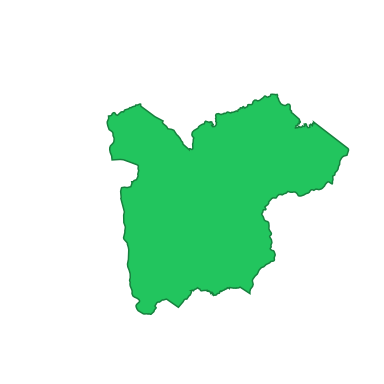 the district of Moatize, Tete, Mozambique, rotated 34°
{"feature_id": "85939544B94790467869630", "entity_name": "Moatize", "entity_type": "district", "adm_level": 2, "iso_a3": "MOZ", "parent_name": "Mozambique", "parent_adm1": "Tete", "projection": "mercator", "projection_center": [34.056, -16.014], "detail": "fine", "context": "isolated", "style": "filled", "palette": "green", "viewbox_px": 384, "rotation_deg": 34, "n_neighbors": 0, "source": "geoboundaries", "source_scale": "gbopen_adm2", "svg_char_len": 6000}
<svg xmlns="http://www.w3.org/2000/svg" viewBox="0 0 384 384"><g transform="rotate(34 192 192)"><path d="M167.6,271.4L170.1,273.4L171.9,275.3L177.0,283.5L178.8,287.8L180.6,289.9L183.7,292.0L186.5,294.4L188.8,297.7L189.6,300.1L191.4,301.6L192.0,302.9L193.3,304.4L197.0,306.9L198.0,307.9L199.1,309.8L201.1,311.2L202.9,311.3L205.7,310.8L207.4,310.8L208.5,311.0L209.5,311.6L209.8,312.5L209.0,316.1L209.1,317.3L209.5,318.0L210.5,318.9L212.1,319.9L213.8,320.5L219.7,320.2L220.5,319.9L222.8,318.1L223.9,317.8L224.3,317.1L226.0,316.6L226.4,316.2L227.3,312.5L226.8,310.8L227.1,308.5L226.8,307.8L225.4,307.6L225.0,307.1L224.8,303.2L225.4,302.2L226.6,301.4L227.8,298.0L228.7,297.5L230.3,295.5L230.7,295.1L231.5,295.0L245.2,295.2L246.0,288.0L245.8,285.8L246.4,284.4L247.6,283.7L247.6,279.9L248.1,278.5L247.8,276.5L247.1,274.3L246.8,274.1L246.4,274.2L247.3,273.1L248.5,273.0L248.5,271.6L249.5,270.2L250.2,268.2L251.4,268.4L252.8,268.1L254.1,268.8L254.9,268.8L257.0,266.9L259.8,264.9L260.3,265.2L260.3,265.6L260.6,265.5L261.1,265.3L261.3,264.6L262.3,264.8L262.8,264.6L264.5,265.7L264.9,265.0L264.6,264.6L264.6,264.0L266.3,264.4L266.5,265.6L267.1,265.3L267.7,265.7L268.4,264.8L269.4,264.2L269.8,263.4L269.8,262.0L271.2,260.7L271.2,259.9L270.7,259.1L271.0,258.0L271.4,257.8L271.8,258.1L272.2,257.8L272.4,256.7L273.6,255.1L273.6,254.3L274.4,253.8L274.4,253.3L274.9,252.6L274.8,251.7L275.1,251.4L275.8,251.5L276.2,250.6L276.9,250.9L276.7,250.3L276.9,250.0L280.5,248.3L281.2,247.7L282.4,247.1L282.6,246.5L283.2,246.3L284.4,245.3L285.0,244.0L296.8,243.8L295.6,242.1L294.8,239.8L295.0,236.4L294.3,234.3L291.7,231.9L291.3,230.8L291.2,229.7L291.3,226.5L292.0,223.5L291.3,219.2L291.7,216.4L292.1,215.4L293.3,213.9L294.0,210.7L296.0,207.3L296.2,205.6L298.1,203.7L298.4,203.0L298.3,202.2L296.9,200.5L296.2,197.7L295.1,196.7L293.1,195.3L292.2,195.2L291.0,195.7L289.7,195.7L288.6,195.4L288.4,194.9L288.4,193.3L287.1,191.9L286.6,189.4L286.1,188.8L284.4,187.1L281.7,185.9L281.2,185.4L281.1,184.9L281.5,183.1L281.1,182.1L280.3,181.5L277.7,180.4L276.3,179.5L274.8,177.0L272.9,174.7L271.4,174.2L269.1,174.9L267.5,174.7L265.2,172.9L262.3,171.5L262.0,171.0L262.0,169.3L261.1,167.2L261.3,166.6L262.8,165.8L263.0,165.1L262.7,164.7L260.9,163.8L260.7,163.5L261.9,160.0L261.8,158.1L261.1,157.4L261.8,152.7L262.6,151.4L264.6,150.3L265.1,149.7L265.0,147.7L265.4,145.6L266.6,144.8L267.0,144.1L267.8,144.2L268.5,143.8L269.2,142.1L270.7,140.3L271.1,138.1L272.5,137.4L273.4,137.3L275.3,136.1L276.5,134.9L277.9,134.3L279.9,134.5L282.2,135.6L283.0,135.4L284.5,134.4L286.4,131.9L287.4,129.7L288.9,127.9L289.4,126.6L289.3,125.0L289.7,123.4L290.5,122.8L292.1,122.5L292.9,120.6L293.8,119.9L295.9,119.1L297.6,117.0L298.0,115.8L298.5,112.9L298.3,111.3L298.4,109.8L298.7,108.3L299.1,107.5L299.9,107.1L303.1,107.1L303.7,106.8L303.6,106.3L302.4,104.5L302.0,103.0L299.8,100.2L300.8,98.0L299.8,95.9L300.3,93.8L300.3,91.6L299.1,88.6L299.0,86.7L297.6,84.3L297.2,83.2L297.0,80.0L297.2,78.7L297.8,77.3L299.9,74.9L298.4,69.8L297.7,69.0L296.8,68.7L254.0,66.0L255.0,66.8L254.9,67.2L253.9,67.2L253.6,67.5L254.3,69.3L254.7,69.5L254.7,69.8L253.1,69.4L252.5,69.5L252.5,70.3L252.0,70.9L253.4,72.3L252.8,73.3L252.1,73.8L250.1,73.1L249.4,72.3L248.5,71.8L248.0,72.0L247.1,73.0L248.5,73.8L248.6,74.5L248.4,75.0L246.7,75.4L246.7,77.0L245.4,77.6L245.4,78.1L244.7,78.2L244.1,77.8L243.6,78.0L243.8,79.6L242.9,80.0L242.2,81.0L241.4,81.5L241.9,81.0L241.9,79.9L241.2,79.3L241.1,78.8L242.1,77.7L241.8,75.9L242.7,75.7L242.7,75.2L241.9,74.1L242.5,74.1L242.7,73.6L242.1,72.9L241.3,72.9L240.3,71.7L231.3,70.5L230.0,70.6L229.3,69.3L227.3,68.9L225.3,65.8L224.1,65.0L223.3,65.0L222.2,65.7L221.3,67.7L220.8,68.3L218.9,69.0L216.3,69.2L212.9,67.6L211.2,66.1L209.8,65.7L208.8,63.9L207.9,63.5L207.1,64.6L206.5,64.6L203.8,66.1L202.8,67.0L203.3,68.7L202.1,70.3L202.0,70.9L201.0,71.4L199.3,71.4L198.5,72.0L198.4,73.6L196.8,78.2L195.6,79.7L193.7,80.0L192.6,80.8L192.1,82.7L192.7,84.8L192.7,85.9L192.4,86.4L190.0,87.9L189.6,88.4L189.6,88.9L190.1,89.6L190.1,90.5L189.5,91.3L188.9,92.8L188.3,93.1L187.5,92.5L186.8,92.5L186.5,93.2L186.6,94.4L185.4,94.8L185.0,95.2L185.3,96.3L184.3,97.9L184.7,99.1L184.6,99.7L183.4,100.0L182.0,102.3L180.9,103.4L180.4,103.6L180.0,104.8L177.0,105.7L176.5,106.1L175.9,108.0L175.4,108.5L174.6,108.7L174.2,109.9L173.5,110.4L172.8,111.6L170.1,112.2L168.6,113.7L168.6,114.7L169.0,115.6L169.7,116.1L170.4,117.1L170.4,117.8L171.7,118.9L172.1,120.1L172.4,120.4L173.5,120.6L173.6,121.4L174.4,122.2L174.4,124.2L173.8,125.5L172.5,126.3L171.1,125.7L172.1,124.8L171.8,124.1L170.9,124.1L169.1,122.9L168.7,123.5L167.8,123.6L167.6,124.1L167.8,124.5L163.7,125.7L163.5,126.4L164.0,128.6L162.7,130.1L161.6,132.3L161.0,134.2L161.3,134.7L161.2,135.9L159.3,139.8L158.9,142.2L159.7,144.3L160.6,145.3L163.3,146.2L163.5,147.4L165.2,150.2L165.7,151.9L168.1,155.0L168.5,156.0L168.2,156.8L166.3,157.2L165.8,157.5L165.5,158.0L165.9,158.5L157.9,157.4L156.3,156.0L154.6,155.6L152.1,154.2L149.2,153.3L147.1,153.0L142.4,151.0L140.0,151.5L136.7,153.1L134.2,151.9L129.8,151.5L128.4,150.7L128.3,149.3L119.3,150.3L101.6,149.5L100.3,147.9L99.7,148.1L98.0,150.6L96.8,151.2L96.9,152.7L96.0,153.4L94.8,155.0L94.4,156.2L93.4,156.7L92.9,158.5L90.5,161.4L90.3,162.2L90.5,163.2L90.4,163.9L89.2,164.5L88.4,165.5L87.3,170.1L85.8,170.4L83.9,169.6L83.0,169.8L82.5,170.3L82.1,171.5L82.4,173.2L82.2,173.8L81.3,174.9L80.3,175.7L81.8,177.6L82.5,181.3L83.4,182.5L85.2,184.2L88.4,186.6L91.6,186.6L93.0,187.0L93.9,187.8L95.1,189.5L96.8,190.5L97.7,191.4L99.1,194.0L99.2,194.7L99.2,195.9L98.6,199.4L99.1,201.3L100.1,202.9L102.2,205.0L105.2,207.0L107.8,210.1L114.2,205.2L117.1,203.6L131.0,200.2L132.3,200.1L132.9,200.4L134.3,202.9L135.8,204.0L137.1,207.6L138.4,208.8L139.1,212.8L137.6,214.8L137.4,216.4L136.3,217.2L137.3,218.2L138.3,221.8L135.8,224.6L133.3,225.8L131.3,227.7L131.3,228.2L132.5,231.4L136.4,236.2L136.5,237.0L147.1,246.3L148.3,249.4L152.6,255.5L155.8,257.8L156.6,258.7L158.1,261.9L158.8,262.7L160.9,268.3L162.1,269.2L166.5,270.3L167.3,270.8L167.6,271.4Z" fill="#22c55e" stroke="#15803d" stroke-width="1.5"/></g></svg>